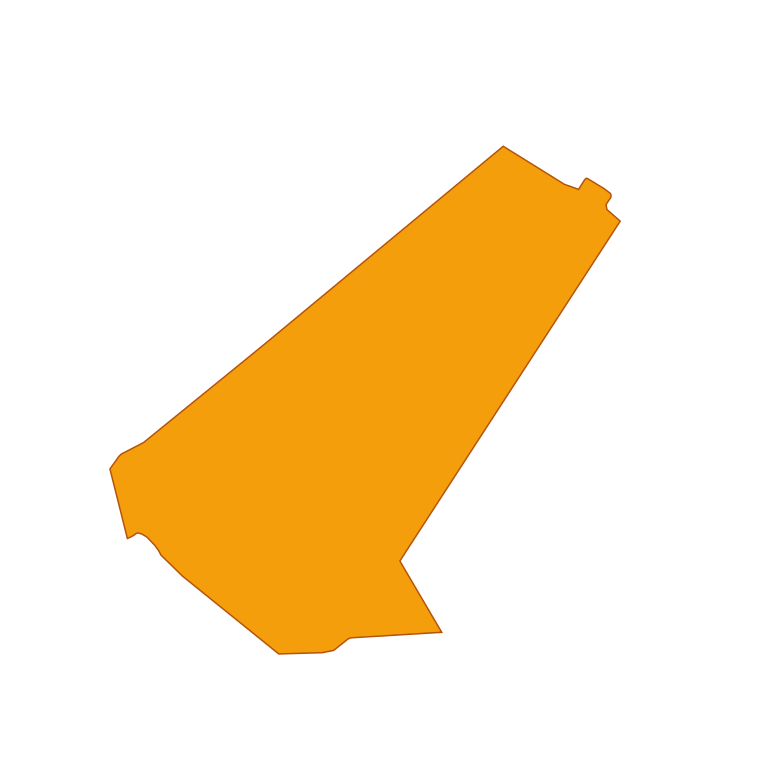 SVG path tracing the border of Kweneng, rotated 123°
{"feature_id": "BWA-2647", "entity_name": "Kweneng", "entity_type": "District", "adm_level": 1, "iso_a3": "BWA", "parent_name": "Botswana", "parent_adm1": "", "projection": "orthographic", "projection_center": [24.77, -23.86], "detail": "fine", "context": "isolated", "style": "filled", "palette": "amber", "viewbox_px": 768, "rotation_deg": 123, "n_neighbors": 0, "source": "natural_earth", "source_scale": "10m", "svg_char_len": 663}
<svg xmlns="http://www.w3.org/2000/svg" viewBox="0 0 768 768"><g transform="rotate(123 384 384)"><path d="M523.8,274.3L560.8,200.4L614.6,273.1L616.1,274.6L618.5,275.7L634.8,281.1L643.0,289.5L667.7,325.2L654.9,448.3L649.0,477.8L646.5,482.3L644.2,488.2L641.5,499.5L641.7,505.3L642.9,509.2L644.7,510.7L646.7,511.2L650.3,513.1L653.3,515.1L631.8,538.2L604.5,567.6L589.0,566.9L585.7,566.1L564.1,553.8L444.3,515.1L412.4,504.9L119.7,413.5L118.3,341.5L114.8,326.8L104.3,327.0L102.5,326.8L101.2,326.3L100.8,324.8L100.3,305.4L100.9,297.8L102.4,296.1L104.2,295.4L112.6,295.5L116.3,292.0L118.8,274.6L523.8,274.3Z" fill="#f59e0b" stroke="#b45309" stroke-width="1.5"/></g></svg>